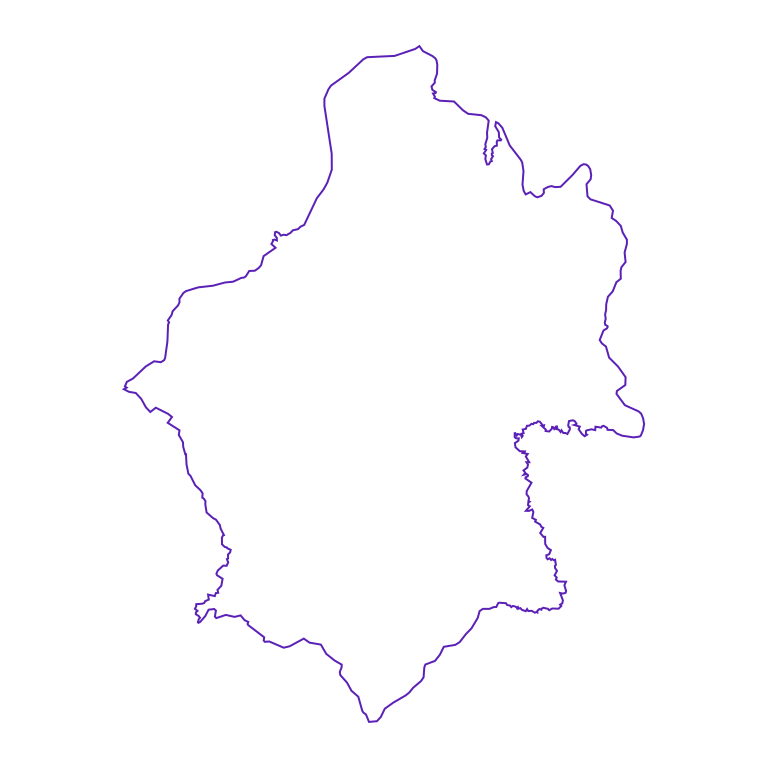 the district of Makham, Chanthaburi, Thailand
{"feature_id": "78962969B16379000118179", "entity_name": "Makham", "entity_type": "district", "adm_level": 2, "iso_a3": "THA", "parent_name": "Thailand", "parent_adm1": "Chanthaburi", "projection": "mercator", "projection_center": [102.241, 12.738], "detail": "fine", "context": "isolated", "style": "outline", "palette": "violet", "viewbox_px": 768, "rotation_deg": 0, "n_neighbors": 0, "source": "geoboundaries", "source_scale": "gbopen_adm2", "svg_char_len": 6103}
<svg xmlns="http://www.w3.org/2000/svg" viewBox="0 0 768 768"><path d="M123.9,389.2L128.9,391.8L135.8,393.0L141.3,399.0L145.9,407.3L150.3,412.0L155.8,407.7L168.0,413.8L172.0,417.0L167.7,422.8L179.5,430.3L178.8,434.9L183.0,442.3L183.2,446.8L185.3,454.3L186.0,454.2L186.5,464.3L188.4,473.8L190.4,475.7L195.3,485.4L200.3,490.0L202.6,493.3L202.3,497.7L203.9,498.7L205.5,501.3L205.3,504.3L206.6,512.5L212.9,518.0L216.0,519.7L219.9,525.1L220.6,528.6L223.9,535.0L223.2,535.1L221.9,537.7L222.0,544.3L224.8,547.0L226.8,547.4L227.2,548.2L230.7,549.8L230.1,552.4L228.0,554.5L228.1,558.5L226.9,559.1L228.2,562.4L226.6,565.8L223.2,565.6L217.8,570.5L216.4,573.8L217.1,575.3L222.6,578.8L221.3,585.8L217.5,589.8L218.2,592.8L215.8,593.1L214.8,596.1L208.1,594.6L208.8,599.6L205.2,601.1L204.3,602.9L202.4,603.7L196.2,604.2L196.2,606.4L194.9,608.8L197.5,610.9L195.9,612.4L195.8,614.2L198.8,616.1L200.0,617.8L198.8,619.1L197.9,622.3L198.4,622.8L200.0,622.1L205.2,616.2L208.6,609.7L214.2,609.0L215.9,610.6L214.9,616.6L216.3,618.1L225.8,614.9L234.6,616.9L240.6,615.4L244.5,620.1L248.3,622.0L247.6,624.0L248.2,625.1L264.2,637.3L263.7,640.5L264.7,641.8L269.3,641.5L283.7,647.7L289.6,646.3L303.8,638.6L309.4,642.6L320.9,644.6L326.2,653.8L334.4,660.4L341.7,664.6L341.6,667.3L339.8,671.9L340.3,675.1L347.0,682.6L351.5,690.8L358.3,696.7L362.2,710.6L363.3,712.5L366.0,714.5L369.0,721.9L376.9,721.2L380.8,717.0L384.8,708.7L393.3,702.6L405.7,695.4L409.3,692.5L413.2,687.7L421.1,681.0L423.6,677.2L424.3,667.4L425.4,664.5L435.0,660.9L439.9,654.7L443.8,646.8L455.2,644.9L459.6,642.2L465.9,634.1L471.5,628.3L477.7,618.0L479.6,611.1L482.9,608.9L489.4,608.9L493.7,607.1L496.3,607.0L498.2,603.1L499.3,602.7L506.0,603.2L507.1,605.0L510.1,605.6L511.3,607.1L512.7,606.0L514.2,606.2L516.4,607.1L517.2,608.5L518.0,607.2L518.7,608.6L520.3,608.1L522.0,609.9L525.7,611.2L527.1,609.1L528.3,611.1L531.6,610.8L535.0,612.7L536.7,611.9L537.4,612.4L537.5,610.7L539.4,609.0L541.4,609.7L541.7,608.6L543.3,607.8L547.9,608.8L549.2,610.2L552.2,608.5L558.6,608.7L561.3,606.0L560.1,604.6L562.3,603.4L562.9,600.3L560.1,593.0L562.9,593.6L565.6,592.8L566.1,591.1L564.4,585.2L566.0,581.7L558.2,581.5L555.9,579.6L556.7,577.5L554.6,575.3L557.0,570.9L555.0,567.9L554.9,566.0L555.9,564.9L555.1,559.8L554.0,560.3L552.3,559.0L551.1,560.0L549.6,558.3L547.7,559.3L546.6,558.1L546.3,555.3L549.2,554.2L550.9,550.1L547.6,548.0L545.2,544.0L545.1,536.8L543.5,536.9L540.2,533.0L543.3,527.9L541.2,526.7L540.2,524.5L535.1,521.6L535.9,519.9L532.2,517.9L533.4,512.0L532.2,509.5L529.0,510.9L525.9,510.8L529.8,506.3L528.0,505.1L528.3,502.6L529.6,501.7L528.4,501.1L529.0,498.6L528.5,496.6L526.6,494.5L526.7,491.1L531.5,482.7L525.4,478.5L525.6,477.3L527.8,476.2L528.0,475.1L526.6,474.0L523.8,474.7L525.4,473.0L523.5,470.4L527.3,467.6L528.0,464.5L526.5,462.2L529.2,462.2L525.8,456.5L527.7,454.0L522.4,452.9L522.8,452.3L524.4,452.6L524.9,451.4L519.8,451.2L515.5,447.3L514.9,443.1L518.4,440.7L518.8,438.4L516.1,438.3L514.7,437.2L514.7,433.2L515.3,433.1L516.7,435.5L517.7,434.0L521.0,434.8L521.8,437.1L522.7,435.8L521.6,433.7L523.6,433.1L522.7,429.5L525.8,428.9L527.0,425.8L529.4,425.6L531.5,423.8L533.2,424.2L534.1,422.9L536.4,422.9L537.8,421.3L539.8,421.7L543.1,425.7L544.0,425.4L543.8,426.3L542.0,426.1L545.8,429.6L545.6,431.0L549.2,431.5L551.7,428.9L552.1,426.9L553.0,427.1L554.2,429.0L556.0,426.5L556.9,426.4L557.2,427.8L556.3,429.0L558.8,429.7L560.6,432.0L561.5,430.3L563.3,433.0L565.5,433.0L567.4,434.0L569.8,429.6L569.8,427.4L568.6,426.9L568.2,425.2L569.0,421.1L572.7,420.3L574.5,420.9L576.5,423.6L576.3,424.4L574.3,425.0L579.8,426.6L578.6,429.2L582.1,434.1L584.6,436.2L587.0,434.7L585.9,434.0L586.0,430.9L586.7,430.4L591.4,429.3L595.2,430.1L595.5,426.7L601.2,427.6L602.2,426.2L603.6,425.8L607.1,427.9L607.5,429.8L613.2,430.1L616.6,433.4L622.1,435.7L633.7,437.4L639.8,436.5L640.9,435.4L643.0,430.2L644.1,424.1L643.1,418.3L641.2,413.7L638.6,411.4L624.9,405.2L616.5,393.9L616.9,391.0L625.3,385.0L625.6,377.2L618.0,366.5L609.1,357.6L606.0,346.6L601.9,343.4L599.7,340.0L603.5,330.5L607.0,328.3L607.7,326.9L607.5,326.1L605.2,324.7L604.8,322.5L605.7,318.9L605.1,314.4L606.1,310.1L606.2,304.4L607.9,296.8L612.7,291.4L616.4,282.2L620.8,278.7L620.6,270.8L621.4,267.2L625.6,262.0L624.6,252.5L626.9,244.0L626.9,239.7L622.7,232.5L620.8,225.9L616.1,220.9L611.7,218.0L613.0,210.7L609.7,205.5L590.4,199.3L587.5,196.3L586.5,184.2L590.6,179.3L591.2,175.2L590.2,169.2L588.1,165.9L586.0,164.5L583.6,164.2L580.4,165.8L572.5,175.0L560.6,186.8L555.2,187.1L551.4,186.1L547.8,187.0L543.7,189.3L543.9,192.9L541.6,195.8L537.4,197.3L534.8,196.2L530.4,192.1L525.7,194.4L523.7,190.9L522.5,184.7L523.5,171.1L522.2,162.5L520.8,159.8L509.7,145.4L502.4,127.9L498.5,123.4L496.0,122.1L495.2,126.2L498.8,132.1L499.1,137.5L501.2,139.7L500.8,140.4L497.4,140.4L496.8,141.5L496.8,145.7L494.6,146.2L492.0,149.2L492.8,153.0L491.8,153.6L491.9,155.4L493.0,156.2L491.1,159.1L491.8,161.1L490.4,161.5L488.8,164.3L487.0,164.5L485.3,159.0L485.9,155.4L483.8,153.4L486.2,149.9L484.5,149.0L485.8,147.1L485.3,144.3L487.3,137.6L487.0,133.0L488.7,120.6L485.8,117.3L481.4,115.2L468.1,113.8L463.0,110.3L454.0,101.5L439.8,100.7L434.3,98.1L434.9,96.6L433.0,93.5L435.5,93.1L435.9,92.1L432.4,89.9L431.5,86.4L434.8,82.7L434.7,80.4L437.0,73.8L437.3,65.0L436.5,60.3L435.3,58.3L432.4,56.0L423.0,51.2L419.4,46.1L415.3,48.9L394.6,55.9L367.1,57.2L363.2,59.4L348.8,72.8L331.0,85.6L328.5,89.2L324.4,98.7L324.4,105.9L331.7,153.7L331.8,169.7L327.3,182.7L323.5,189.5L316.8,198.3L304.2,224.9L300.3,226.8L298.1,229.1L292.9,230.3L290.4,232.9L286.4,235.2L283.8,234.7L280.9,235.6L278.9,233.0L276.4,231.8L275.2,232.1L274.7,235.2L276.8,237.8L276.9,240.5L274.5,239.6L272.9,240.0L273.0,241.2L271.4,244.0L275.5,247.8L263.6,256.1L261.1,265.2L258.8,267.9L254.9,270.7L249.2,271.0L245.9,276.2L244.2,277.5L241.3,277.9L233.1,281.7L225.0,282.5L213.0,285.7L198.1,287.4L186.0,291.1L183.4,293.0L179.4,298.7L179.5,302.3L178.1,305.3L172.6,311.3L171.6,315.0L167.8,320.5L169.1,322.5L168.1,324.4L167.4,341.6L165.1,358.1L164.1,360.2L160.9,362.2L154.1,361.3L145.7,366.5L133.0,378.5L126.8,381.9L124.9,386.4L126.7,387.6L123.9,389.2Z" fill="none" stroke="#5b21b6" stroke-width="2"/></svg>